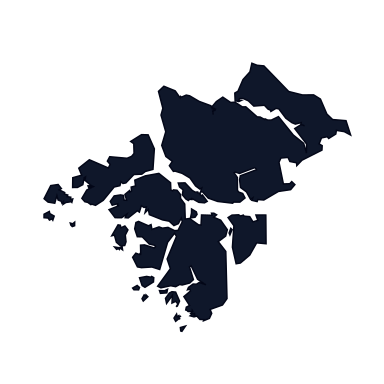 Tromsø nor, Troms, Norway, rotated 282°
{"feature_id": "86288312B12055584821312", "entity_name": "Tromsø nor", "entity_type": "district", "adm_level": 2, "iso_a3": "NOR", "parent_name": "Norway", "parent_adm1": "Troms", "projection": "orthographic", "projection_center": [18.78, 69.672], "detail": "fine", "context": "isolated", "style": "filled", "palette": "ink", "viewbox_px": 384, "rotation_deg": 282, "n_neighbors": 0, "source": "geoboundaries", "source_scale": "gbopen_adm2", "svg_char_len": 6037}
<svg xmlns="http://www.w3.org/2000/svg" viewBox="0 0 384 384"><g transform="rotate(282 192 192)"><path d="M330.4,223.8L321.6,223.7L312.6,218.5L300.1,216.0L297.7,213.3L290.3,215.2L290.2,219.0L291.7,221.0L291.4,218.4L293.3,219.1L294.1,222.6L292.9,228.2L288.9,234.6L291.9,244.8L288.9,249.1L288.2,252.7L287.7,252.1L287.2,252.4L291.2,256.7L291.4,259.6L283.7,268.4L280.6,275.3L279.9,279.0L282.6,284.4L281.1,284.4L280.1,288.4L280.6,284.7L275.4,279.3L262.8,294.1L253.7,295.9L262.8,291.1L268.8,279.2L283.7,260.9L278.8,254.6L278.1,251.1L278.7,248.3L278.0,248.1L279.5,243.0L279.0,240.2L286.5,226.9L285.7,223.6L288.8,215.4L287.6,211.2L291.2,202.4L285.5,197.0L279.1,193.6L278.0,197.8L276.6,197.5L275.7,195.6L272.1,196.7L275.6,195.3L277.9,196.9L277.7,194.4L280.3,192.6L282.1,180.2L285.6,169.7L285.6,166.2L282.6,162.0L283.1,161.0L281.6,160.8L287.4,154.6L289.6,142.5L283.5,138.3L267.8,146.1L260.8,145.7L245.5,153.8L231.3,152.7L221.3,159.1L217.9,166.4L213.0,164.4L208.3,169.5L208.9,171.1L208.2,178.5L205.3,187.1L198.7,194.2L196.5,199.0L198.0,200.7L194.2,200.4L194.3,202.3L189.4,209.2L188.1,219.0L189.5,234.1L190.8,234.9L192.1,241.0L197.2,245.1L201.1,241.9L201.7,237.5L203.2,236.1L215.6,233.4L219.6,229.1L220.5,230.2L220.0,234.6L228.8,248.2L228.2,249.8L227.2,250.5L217.9,235.9L213.9,236.0L206.5,238.5L203.4,245.3L197.0,250.8L198.9,252.7L196.3,252.3L196.2,257.7L198.3,258.0L199.1,263.9L210.5,276.4L214.8,288.0L220.6,291.1L222.9,287.4L220.4,285.9L218.9,279.7L239.1,270.9L243.7,271.9L245.8,278.7L242.2,281.4L242.3,288.2L239.6,289.0L246.0,293.0L260.0,310.4L264.4,309.7L265.5,306.3L271.8,307.4L274.2,312.8L272.8,314.6L278.6,320.6L282.3,320.4L282.7,328.4L280.7,335.3L293.8,327.8L292.1,314.5L296.3,307.7L309.6,298.3L312.3,290.8L309.9,279.9L310.4,265.7L330.3,236.1L329.5,229.3L330.4,223.8ZM165.8,114.0L162.5,116.7L165.1,121.8L163.3,121.9L163.6,123.6L157.5,114.5L150.9,122.1L152.2,128.5L156.9,132.9L153.0,132.0L153.4,135.0L162.3,142.4L161.4,144.7L168.1,145.3L166.9,148.2L167.9,150.5L162.0,150.4L165.9,152.9L161.0,155.0L158.6,169.0L158.7,175.8L155.4,181.3L158.2,185.2L164.3,186.9L160.9,188.7L151.5,186.3L150.6,183.0L152.4,175.9L150.5,170.6L151.0,167.0L147.1,160.6L151.6,158.7L149.9,156.4L152.1,145.8L150.5,143.5L144.1,143.6L136.9,147.8L137.8,152.7L132.2,161.0L132.1,166.5L131.1,167.7L129.4,166.8L130.4,156.6L129.3,152.7L120.0,154.9L121.0,154.4L119.5,154.7L120.8,153.9L119.9,153.5L120.5,149.8L115.8,147.5L107.4,154.2L107.5,158.3L110.3,168.4L109.5,176.5L137.7,178.6L148.0,183.5L145.4,186.1L121.3,181.6L112.5,186.8L92.7,178.0L91.8,181.5L95.9,190.7L96.0,195.7L99.0,199.2L99.0,201.7L102.5,208.7L106.6,211.6L118.2,205.1L119.7,206.5L107.8,215.6L104.1,224.9L105.0,217.9L102.7,215.5L102.2,212.2L98.0,208.4L95.4,207.9L96.5,210.1L94.8,211.1L88.0,205.8L80.5,213.2L78.2,210.4L74.7,210.4L75.7,210.8L74.3,213.0L75.0,217.1L76.2,216.9L75.5,217.6L73.0,216.1L73.2,217.9L70.5,215.9L70.3,219.6L74.5,219.5L70.7,220.7L71.6,222.6L69.0,226.2L69.9,231.4L69.7,231.7L68.6,230.0L68.4,230.0L72.0,235.3L77.4,236.5L80.9,234.1L87.8,245.3L95.0,248.4L140.9,237.4L148.9,228.0L155.9,234.1L162.5,234.4L170.4,225.9L171.8,218.5L174.8,220.8L175.8,217.8L175.3,215.5L173.4,216.6L171.5,206.1L161.6,207.7L161.2,205.3L165.6,195.1L164.1,191.0L178.7,187.4L183.4,182.1L187.1,181.3L190.6,177.0L190.2,173.4L189.1,172.9L189.6,170.9L196.6,169.1L203.3,155.7L198.1,143.0L191.7,133.6L186.2,135.5L184.2,131.5L180.3,132.6L179.0,131.2L180.3,130.5L175.7,126.9L170.3,129.8L169.8,127.3L174.4,125.6L174.3,122.7L172.0,116.7L165.8,114.0ZM171.6,74.3L172.6,79.0L176.5,83.7L183.5,83.5L184.7,84.7L181.1,85.0L177.2,92.4L176.4,89.0L174.6,90.2L177.2,92.5L176.8,94.5L172.1,88.7L162.9,85.6L160.2,89.2L160.2,92.2L158.6,95.7L159.3,96.6L158.9,100.4L165.4,106.9L180.7,114.8L183.2,120.2L187.4,120.4L186.0,122.7L187.1,125.4L197.0,131.5L199.0,139.2L202.4,142.1L206.0,149.1L226.4,146.2L238.8,137.2L237.6,130.7L228.7,121.5L227.2,125.0L217.7,127.3L214.3,125.5L211.5,121.5L209.4,104.2L204.6,102.8L202.0,106.2L198.1,105.2L202.2,84.9L191.8,76.3L185.5,80.6L181.2,72.4L171.6,74.3ZM184.8,269.0L182.8,259.3L177.9,262.3L175.5,257.8L179.9,253.6L179.2,248.0L180.1,247.0L178.6,244.5L179.4,242.4L177.7,235.9L174.5,232.6L167.7,240.0L146.4,243.0L131.0,250.1L132.6,254.1L142.3,261.6L155.7,265.8L156.8,275.2L184.8,269.0ZM154.7,48.7L152.2,53.3L152.5,60.1L160.4,60.6L156.3,62.7L155.8,65.9L154.0,67.1L155.8,68.2L153.1,68.4L155.5,70.8L157.4,75.9L156.9,76.6L160.4,76.8L159.5,74.7L161.7,74.5L161.5,70.9L163.2,71.1L163.5,67.6L165.0,67.6L166.5,61.5L168.2,63.5L171.5,59.5L168.9,52.5L154.7,48.7ZM197.9,176.7L194.3,178.8L192.3,182.8L187.2,183.2L183.9,187.4L182.9,190.2L184.4,191.2L184.7,194.2L185.1,192.7L185.7,193.1L183.3,200.8L184.0,206.5L186.0,208.8L191.2,202.9L190.4,202.4L191.4,200.0L192.7,200.4L192.2,198.1L193.2,197.6L192.5,195.1L193.6,191.9L199.5,183.3L197.9,176.7ZM144.5,126.5L132.5,122.6L133.7,125.1L127.1,128.5L124.4,133.5L125.7,137.3L129.6,137.8L136.0,135.7L141.6,137.2L144.8,133.4L142.2,129.9L144.6,128.8L144.5,126.5ZM82.5,188.2L77.7,190.3L86.9,194.3L79.2,195.5L81.7,198.8L79.5,201.5L76.5,200.4L77.4,201.4L82.7,202.5L90.7,196.8L90.3,193.1L88.5,190.9L82.5,188.2ZM97.2,158.5L90.1,162.7L89.0,165.8L96.0,173.0L100.3,172.4L101.0,170.0L100.1,169.5L100.0,165.2L97.2,158.5ZM139.5,51.9L136.1,52.6L136.6,56.7L134.9,58.4L136.6,60.6L135.5,61.7L139.8,62.2L141.3,57.4L143.3,56.5L139.5,51.9ZM175.3,195.1L171.2,195.9L166.4,195.9L167.9,200.2L171.2,201.6L173.5,200.3L175.3,195.1ZM88.8,180.7L86.3,182.2L88.1,188.3L91.7,188.3L89.7,185.6L88.8,180.7ZM81.4,166.6L77.2,165.3L75.2,167.0L80.4,170.6L81.8,168.4L80.6,168.4L81.4,166.6ZM64.9,200.6L62.1,202.9L65.6,205.7L65.0,206.8L66.7,205.0L68.3,207.1L67.5,205.4L68.4,204.9L66.8,203.5L69.4,202.3L64.9,200.6ZM85.7,153.9L84.3,155.5L85.2,160.1L87.7,160.5L89.2,157.8L85.7,153.9ZM164.5,237.5L159.6,236.8L157.9,238.0L163.5,239.0L164.5,237.5ZM57.0,208.8L53.7,209.9L53.6,211.1L59.5,213.5L57.0,208.8ZM122.1,127.7L120.2,130.2L121.3,131.7L120.7,132.9L122.4,132.9L121.0,136.1L123.7,135.1L122.4,133.3L122.1,127.7ZM136.3,79.4L134.4,80.4L133.3,82.1L134.6,84.2L138.1,83.5L136.1,81.9L136.3,79.4Z" fill="#0f172a" stroke="#020617" stroke-width="1.5"/></g></svg>